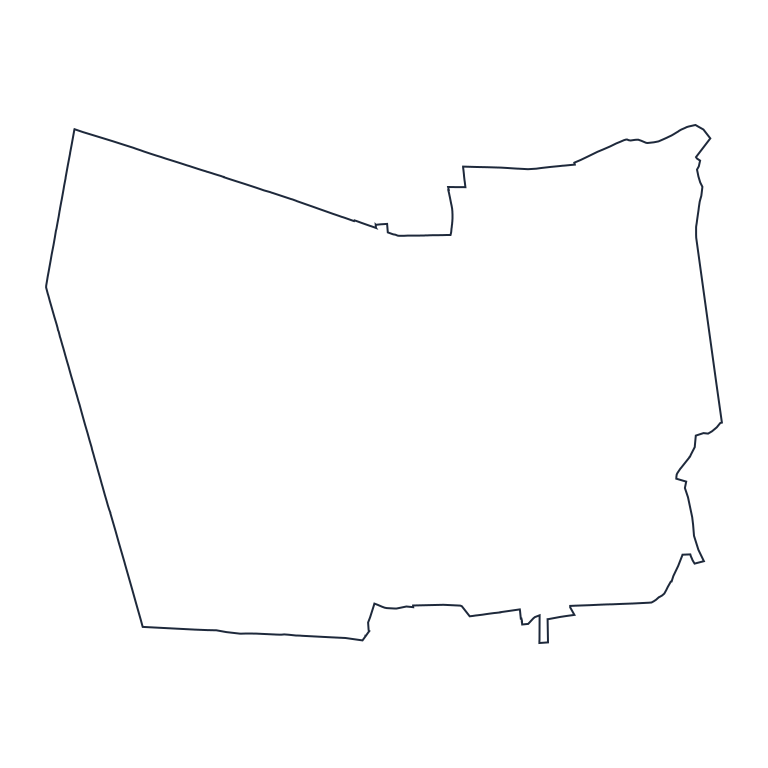 Loon op Zand, Noord-Brabant, Netherlands
{"feature_id": "6326949B71510094074769", "entity_name": "Loon op Zand", "entity_type": "district", "adm_level": 2, "iso_a3": "NLD", "parent_name": "Netherlands", "parent_adm1": "Noord-Brabant", "projection": "natural_earth1", "projection_center": [5.048, 51.641], "detail": "fine", "context": "isolated", "style": "outline", "palette": "slate", "viewbox_px": 768, "rotation_deg": 0, "n_neighbors": 0, "source": "geoboundaries", "source_scale": "gbopen_adm2", "svg_char_len": 6015}
<svg xmlns="http://www.w3.org/2000/svg" viewBox="0 0 768 768"><path d="M142.7,626.9L194.7,629.6L207.1,630.1L216.4,630.3L226.4,632.1L240.3,633.7L246.8,633.5L256.0,633.6L277.2,634.6L281.2,634.7L284.2,634.4L288.1,634.7L289.3,634.8L295.8,635.5L299.8,635.6L302.2,635.8L330.9,637.3L345.5,638.0L357.5,639.7L362.5,640.4L365.2,636.7L365.4,635.8L365.8,635.9L368.2,632.5L369.3,631.1L368.8,630.8L368.6,629.8L368.1,622.5L370.1,617.3L373.6,606.3L374.4,603.6L377.6,604.8L382.0,606.7L384.7,607.7L386.8,608.1L392.4,608.4L394.4,608.5L396.7,608.5L401.1,607.6L406.4,606.5L412.5,607.1L413.2,607.2L413.1,605.5L443.5,604.8L460.2,605.6L461.8,606.2L464.4,609.5L469.7,616.3L473.1,615.9L475.6,615.5L477.5,615.3L478.3,615.2L482.4,614.7L486.3,614.1L489.1,613.7L494.5,613.0L495.8,612.9L496.7,612.8L500.3,612.4L500.3,612.2L509.4,610.9L519.8,609.4L520.0,610.6L520.8,618.6L521.4,618.5L521.8,620.2L521.8,621.5L522.0,621.5L522.0,622.7L522.2,624.5L528.2,623.9L533.4,618.3L534.9,617.1L539.6,615.3L539.5,639.0L539.5,639.9L539.4,640.9L539.4,641.8L539.4,643.0L540.9,642.9L548.0,642.4L547.6,619.2L548.0,619.2L560.4,616.9L566.4,616.0L574.4,614.9L570.2,607.4L570.2,605.9L573.0,605.8L574.9,605.7L589.3,605.2L595.6,604.9L602.1,604.6L607.4,604.4L612.4,604.3L621.9,603.9L633.0,603.5L643.0,603.0L649.0,602.7L651.5,602.5L653.7,601.3L656.0,599.8L658.9,597.2L659.1,597.2L662.1,595.5L664.3,593.6L666.2,590.2L667.7,587.1L670.8,581.6L671.6,581.5L673.3,576.2L673.5,575.7L678.2,565.9L679.4,562.8L682.3,555.4L682.5,554.7L690.3,554.4L691.0,556.7L691.2,557.0L692.0,558.8L692.4,559.9L692.8,560.6L693.3,561.5L694.6,563.6L703.9,561.2L698.4,549.8L694.0,535.8L693.1,524.7L692.2,517.2L688.0,497.3L684.9,488.0L686.2,481.6L676.3,478.7L676.4,476.7L676.6,475.3L676.7,474.5L676.8,474.3L677.0,473.9L677.5,472.9L680.2,468.9L680.4,468.6L680.8,468.2L689.7,457.0L689.6,456.9L690.0,456.4L690.3,456.0L690.9,454.6L694.8,447.0L694.8,446.4L695.8,435.6L703.5,433.1L708.1,433.6L712.0,431.3L716.8,427.3L720.2,423.1L720.3,423.0L721.9,422.6L716.4,383.7L696.2,237.7L696.1,234.9L696.1,227.2L696.2,226.2L696.7,223.1L697.1,220.0L697.5,217.2L698.0,213.7L698.5,210.3L698.9,207.0L699.7,201.7L700.3,199.4L701.3,195.9L701.6,193.6L702.4,186.8L700.2,182.4L698.4,176.4L697.7,172.9L697.0,169.6L698.8,166.4L700.1,160.6L696.9,158.5L696.0,157.1L710.3,138.4L703.4,129.5L698.4,126.7L695.5,125.0L694.0,125.3L690.5,126.1L688.7,126.5L686.7,127.1L685.1,127.9L682.6,129.0L681.4,129.5L679.1,130.8L678.2,131.5L676.5,132.5L673.9,134.1L671.5,135.5L668.3,137.0L666.9,137.7L664.0,139.0L660.8,140.4L658.5,141.4L653.9,142.3L647.5,143.0L646.7,142.9L645.8,142.7L644.2,142.0L641.1,140.7L638.2,139.7L637.8,139.7L635.4,139.8L630.6,140.5L628.7,140.2L628.0,139.9L627.0,139.5L625.9,139.6L623.9,140.2L620.7,141.6L616.3,143.4L610.2,146.4L604.2,149.0L602.8,149.6L597.5,151.8L588.1,156.4L580.6,160.0L574.7,162.5L574.3,162.7L574.8,164.6L564.5,165.6L563.0,165.7L562.8,165.7L559.2,166.1L550.9,166.9L542.1,167.9L539.7,168.2L536.2,168.7L534.3,168.8L528.0,169.2L519.0,168.7L518.4,168.7L516.8,168.6L513.4,168.4L507.5,168.0L500.8,167.6L496.9,167.5L487.1,167.2L476.9,167.0L463.1,166.6L463.1,167.3L463.3,169.0L463.5,170.5L464.0,175.2L464.0,175.7L464.5,180.1L464.8,182.1L465.4,187.2L462.7,187.1L457.7,187.1L454.5,187.1L448.1,187.0L448.5,188.7L448.8,190.0L448.3,190.1L449.1,193.5L449.5,195.5L449.9,197.3L450.7,201.4L451.2,203.9L451.6,205.7L452.0,208.0L452.1,208.4L452.4,211.7L452.4,212.6L452.5,214.4L452.5,215.2L452.5,218.5L452.4,220.1L452.3,221.9L452.2,222.5L452.1,224.2L451.9,225.3L451.7,227.5L451.5,228.6L451.4,229.8L451.2,232.0L450.8,233.9L450.5,235.0L446.7,235.0L443.4,235.1L442.8,235.1L437.8,235.2L433.2,235.2L432.9,235.2L429.4,235.3L427.5,235.4L427.1,235.4L425.2,235.4L424.5,235.5L421.1,235.5L419.5,235.6L416.5,235.6L412.2,235.6L410.3,235.6L408.4,235.6L407.8,235.6L405.8,235.7L404.1,235.8L403.0,235.8L401.3,235.8L399.1,235.8L398.1,235.7L397.6,235.6L396.6,235.2L395.4,234.7L393.5,234.4L393.1,234.3L392.5,234.1L387.8,232.4L387.1,223.9L382.7,224.2L380.9,224.3L375.8,224.8L375.7,224.7L375.9,227.4L375.7,227.6L375.9,227.9L371.1,226.2L370.4,226.0L361.3,222.8L358.9,221.9L355.8,220.8L354.8,220.5L354.5,220.4L354.1,221.1L352.6,220.6L345.0,217.9L342.9,217.2L341.8,216.9L339.3,216.0L335.8,214.8L333.1,213.9L327.2,211.8L318.7,208.8L313.1,206.8L306.5,204.5L301.1,202.6L296.8,201.1L296.2,200.8L294.0,200.0L292.7,199.5L290.9,199.0L275.2,193.8L272.8,193.0L271.4,192.6L270.5,192.2L264.0,190.4L260.6,189.2L255.6,187.5L244.3,183.8L236.1,181.2L233.6,180.4L227.1,178.3L226.6,178.1L223.8,177.2L223.8,176.9L222.5,176.6L221.5,176.2L220.6,175.9L217.9,175.1L214.0,173.9L212.8,173.5L211.9,173.2L208.0,172.0L206.8,171.7L205.8,171.3L203.4,170.6L199.9,169.5L199.6,169.4L198.3,169.0L196.2,168.3L192.5,167.1L189.5,166.1L188.5,165.8L187.4,165.5L186.5,165.2L181.0,163.4L176.6,162.0L171.5,160.4L165.4,158.5L161.0,157.0L156.4,155.6L150.8,153.8L147.2,152.6L143.9,151.5L140.6,150.3L136.4,148.9L135.0,148.4L133.4,147.8L123.6,144.7L112.7,141.2L98.7,136.9L83.0,132.1L74.5,129.2L74.4,129.5L71.6,145.0L70.1,152.9L70.1,153.3L67.8,165.4L65.6,177.6L65.6,178.1L64.1,185.9L63.6,189.0L62.0,198.0L61.6,200.2L61.4,201.1L60.1,208.1L59.8,210.1L59.7,210.3L58.7,216.5L57.5,222.9L56.4,229.0L56.0,230.4L55.9,230.9L54.9,237.1L53.5,245.1L51.7,254.3L50.6,260.7L48.6,271.8L47.7,276.6L47.2,279.7L46.2,285.6L46.1,287.4L47.2,291.6L47.7,293.5L47.8,293.9L48.2,295.1L48.8,297.2L49.8,301.0L51.2,305.8L53.1,312.5L54.5,317.4L55.9,322.0L56.7,324.7L57.6,328.0L58.0,330.1L58.6,331.4L59.1,333.3L59.8,336.1L59.9,336.7L60.5,338.4L62.3,344.8L63.3,348.1L64.7,353.1L64.9,353.9L67.0,361.3L68.6,366.7L69.6,370.4L71.2,376.1L72.5,380.5L74.1,386.0L75.8,391.9L77.1,396.3L78.4,401.0L79.5,404.5L81.8,413.0L85.0,424.5L87.6,433.3L89.5,440.2L91.6,447.3L92.1,449.6L93.6,454.8L93.8,455.5L93.9,455.9L94.6,458.5L96.2,464.0L97.9,470.2L100.1,477.9L101.9,484.5L102.4,486.1L104.9,495.1L106.5,500.5L107.9,505.5L109.2,509.6L110.4,512.8L110.3,513.0L115.6,531.2L118.7,542.3L121.8,553.0L124.5,562.3L125.0,564.2L132.1,589.1L135.9,602.7L138.2,610.8L140.8,619.9L142.3,625.5L142.5,626.2L142.7,626.9Z" fill="none" stroke="#1e293b" stroke-width="2"/></svg>